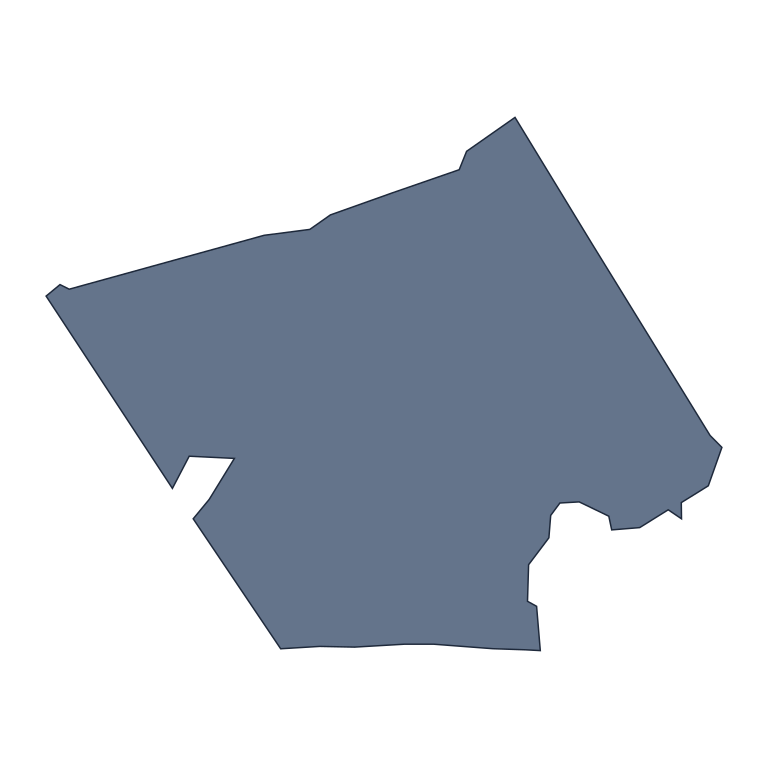 Carroll, Virginia, United States of America (Natural Earth projection)
{"feature_id": "52423323B67213994526810", "entity_name": "Carroll", "entity_type": "district", "adm_level": 2, "iso_a3": "USA", "parent_name": "United States of America", "parent_adm1": "Virginia", "projection": "natural_earth1", "projection_center": [-80.707, 36.745], "detail": "fine", "context": "isolated", "style": "filled", "palette": "slate", "viewbox_px": 768, "rotation_deg": 0, "n_neighbors": 0, "source": "geoboundaries", "source_scale": "gbopen_adm2", "svg_char_len": 657}
<svg xmlns="http://www.w3.org/2000/svg" viewBox="0 0 768 768"><path d="M193.2,518.8L280.7,648.8L281.1,648.8L281.7,648.7L319.8,646.4L354.6,647.1L404.4,644.2L433.7,644.2L480.9,647.8L492.8,648.7L525.7,649.8L540.3,650.6L536.6,606.3L527.5,601.3L528.6,564.7L548.9,537.8L550.7,515.4L559.9,503.0L579.2,501.9L608.8,516.2L611.7,529.9L639.7,527.6L668.2,509.8L681.5,518.8L681.3,502.6L708.3,485.8L721.9,447.4L710.1,435.5L591.9,243.6L515.0,117.4L466.6,151.3L459.2,169.7L392.8,192.7L330.4,214.9L309.8,229.4L264.1,235.3L69.2,289.2L60.0,284.6L46.1,296.1L172.4,488.4L189.2,456.2L234.4,458.4L209.2,499.4L193.2,518.8Z" fill="#64748b" stroke="#1e293b" stroke-width="1.5"/></svg>